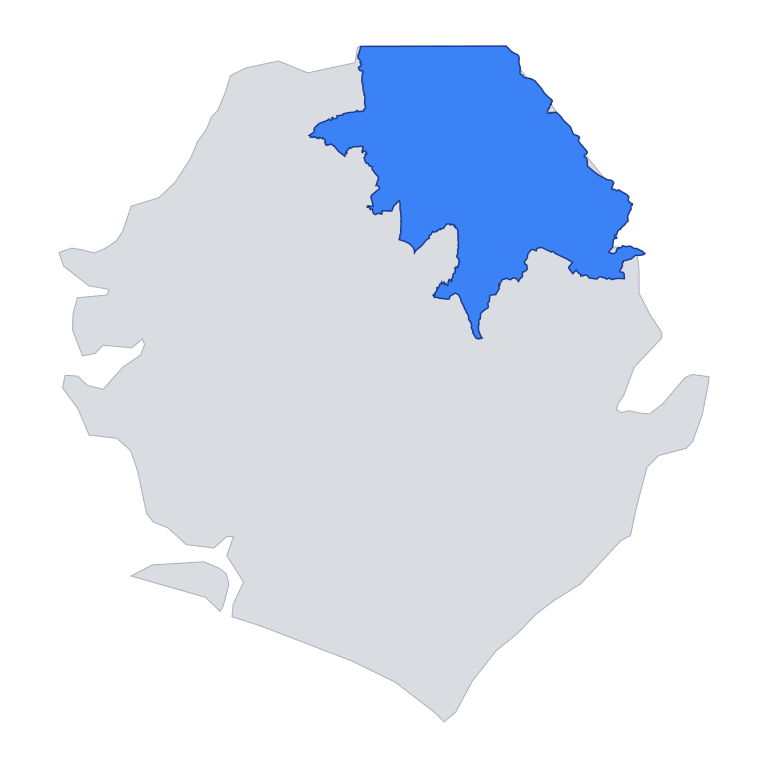 location of Koinadugu, Northern, Sierra Leone
{"feature_id": "65957751B98964407864499", "entity_name": "Koinadugu", "entity_type": "district", "adm_level": 2, "iso_a3": "SLE", "parent_name": "Sierra Leone", "parent_adm1": "Northern", "projection": "albers", "projection_center": [-11.318, 9.329], "detail": "fine", "context": "in_parent", "style": "filled", "palette": "blue", "viewbox_px": 768, "rotation_deg": 0, "n_neighbors": 0, "source": "geoboundaries", "source_scale": "gbopen_adm2", "svg_char_len": 7620}
<svg xmlns="http://www.w3.org/2000/svg" viewBox="0 0 768 768"><path d="M709.0,376.7L708.4,383.5L702.3,414.8L692.6,441.7L686.2,448.3L658.7,455.5L647.0,467.3L636.9,505.5L630.5,535.5L621.0,540.5L580.6,583.9L554.2,600.3L535.7,614.4L518.2,632.8L496.2,650.7L472.5,680.8L455.6,712.2L444.1,721.9L435.4,713.1L395.1,682.1L352.6,661.3L262.1,626.5L232.0,616.7L233.1,604.5L243.6,582.1L226.8,555.7L233.4,536.6L226.9,536.5L213.9,548.0L186.3,544.6L168.1,528.0L153.2,521.9L146.7,513.6L137.4,470.2L130.6,450.5L116.8,438.3L89.1,435.1L77.8,408.6L62.6,388.0L65.1,375.3L77.7,376.1L87.4,385.4L103.2,389.3L122.9,367.1L140.5,355.2L144.6,344.7L142.5,338.9L131.8,347.8L102.7,345.3L95.4,353.4L82.4,355.9L72.5,329.9L73.0,314.5L77.3,297.7L106.7,295.0L109.2,289.5L88.8,285.8L63.5,266.1L59.0,252.5L71.7,248.1L83.7,250.1L94.2,253.1L105.5,248.3L116.2,241.0L122.6,231.5L131.3,206.1L158.9,197.7L175.2,182.2L190.7,158.1L197.8,141.1L204.2,132.7L208.2,125.4L211.2,117.3L218.1,109.9L225.4,92.0L230.4,75.6L246.2,67.8L278.6,61.0L307.7,72.9L355.0,62.7L357.6,47.3L400.9,47.1L452.1,46.9L494.8,46.7L509.4,50.8L514.8,62.2L528.8,80.2L543.5,92.6L561.7,119.8L582.9,151.5L605.9,180.2L620.6,195.7L622.3,201.1L621.2,207.3L614.0,221.9L607.8,237.7L608.5,243.6L612.8,246.5L636.8,251.4L639.0,269.0L639.1,293.3L650.8,316.0L661.9,332.6L661.3,338.5L634.3,367.1L623.8,395.4L618.4,403.3L616.3,409.7L621.7,412.6L629.2,410.7L639.7,413.1L649.7,413.9L662.9,403.7L684.9,377.7L692.4,374.5L709.0,376.7ZM223.3,605.8L220.1,611.4L205.7,597.4L131.1,576.0L152.3,564.9L204.1,561.8L219.5,568.4L226.3,573.9L228.9,584.2L223.3,605.8Z" fill="#d9dde1" stroke="#a8b0b8" stroke-width="1"/><path d="M643.0,254.8L644.8,253.8L644.9,253.3L643.8,253.0L642.5,251.4L636.5,248.4L634.3,248.6L630.6,246.2L627.7,246.3L626.2,246.8L622.7,245.7L620.8,247.9L618.9,247.4L618.5,248.5L617.4,248.2L616.3,250.9L616.3,251.8L615.4,252.8L612.8,253.8L608.9,252.2L609.5,250.7L612.6,247.3L613.4,239.7L615.0,238.3L616.1,238.5L616.8,237.9L616.7,237.1L614.7,237.0L614.5,235.0L616.5,235.0L617.5,231.7L619.0,229.6L620.4,229.3L621.8,227.1L624.6,224.9L625.8,223.1L628.1,220.9L627.6,216.1L629.2,212.8L629.2,211.7L630.6,210.4L631.1,208.9L630.8,206.0L631.4,205.4L632.2,205.3L632.4,203.9L629.8,202.5L628.0,200.3L628.9,196.8L626.7,194.6L618.6,189.8L617.4,191.0L616.2,190.1L611.8,189.1L611.7,187.5L613.8,183.2L613.1,181.7L611.0,180.2L607.5,179.8L599.6,175.7L595.4,172.8L587.4,166.2L587.2,160.6L586.4,158.2L584.2,156.3L584.3,155.0L585.9,154.3L587.3,152.9L587.1,151.5L579.4,142.6L578.4,140.7L579.5,137.4L578.0,135.9L575.0,135.0L573.2,133.8L570.4,126.9L563.7,120.6L560.4,116.1L556.1,112.1L554.8,112.8L553.6,112.2L552.0,113.0L551.2,112.6L550.8,113.1L550.3,112.6L549.1,113.4L547.4,113.1L548.2,108.4L549.2,108.4L550.4,104.3L551.3,104.4L551.2,103.0L552.4,101.0L551.6,99.7L548.5,97.3L544.2,93.0L541.7,88.9L534.8,80.8L531.5,78.9L523.9,77.3L522.7,75.4L520.5,74.2L520.0,73.4L520.2,67.3L518.8,62.8L519.2,58.5L518.8,56.1L517.0,54.4L513.9,53.1L511.2,51.3L506.2,46.1L360.4,46.4L360.6,47.4L358.8,54.0L358.1,54.9L358.0,58.0L360.8,61.2L360.0,62.6L361.6,64.3L360.5,65.5L360.2,66.7L358.6,67.1L358.6,68.5L359.6,70.3L360.7,70.9L362.2,70.7L363.1,71.4L362.1,75.8L361.8,82.1L362.8,83.7L362.5,85.0L363.2,86.3L362.9,87.5L363.3,90.9L364.5,93.7L363.9,94.7L365.1,96.0L364.6,102.8L365.6,108.3L363.8,109.5L363.6,111.1L358.7,111.6L358.2,111.1L357.2,111.3L356.9,110.5L354.7,112.1L349.3,112.5L343.2,113.8L342.7,115.2L339.7,115.3L338.4,116.0L336.9,115.8L337.3,117.4L336.9,118.3L333.8,118.7L332.5,117.4L331.8,117.9L332.7,118.2L332.6,118.9L331.5,120.0L330.7,120.3L329.0,119.1L326.8,120.6L319.2,123.5L315.0,127.3L313.9,129.8L314.4,131.3L313.5,132.6L309.1,135.4L310.1,135.9L310.4,137.1L311.1,136.9L312.1,137.5L313.4,136.7L314.6,137.4L315.2,136.8L316.6,138.0L318.7,138.6L318.7,137.6L319.8,137.3L322.4,138.7L323.0,138.6L323.1,138.0L325.2,140.2L325.3,141.3L324.8,141.7L325.8,144.8L326.4,144.4L327.3,145.3L328.7,144.6L330.1,144.6L331.1,143.9L332.0,144.4L333.2,145.8L334.3,146.1L338.5,151.3L344.8,156.2L345.6,153.7L346.7,153.5L346.8,152.3L346.0,152.3L346.7,150.5L347.7,150.2L349.1,147.8L350.4,148.4L352.5,147.1L355.6,146.5L356.9,146.8L360.8,146.2L363.1,146.7L362.0,152.1L362.7,152.6L363.7,150.6L364.7,151.0L366.9,153.3L366.7,154.1L365.7,154.0L365.0,154.7L365.4,155.9L364.1,157.8L365.6,162.4L366.8,163.4L367.9,163.3L369.4,165.9L372.5,166.8L372.0,168.5L372.5,170.1L373.7,171.0L374.4,172.5L378.7,177.5L376.0,185.6L377.5,185.5L379.0,186.9L379.6,188.6L371.7,195.1L370.9,196.9L373.3,206.2L370.4,206.4L369.7,205.8L368.3,205.9L367.3,206.1L367.3,207.3L369.6,207.6L370.4,209.7L372.5,209.0L372.8,211.7L373.4,213.3L374.4,214.3L375.8,214.6L376.8,213.6L380.2,213.4L381.1,214.2L382.0,213.9L382.0,211.1L385.2,210.7L388.9,211.1L391.8,210.9L393.7,206.0L399.0,200.8L400.0,202.7L400.1,204.1L400.0,208.4L400.9,214.3L401.1,220.2L400.7,221.5L401.6,222.2L401.2,222.9L400.8,227.7L400.7,231.5L401.2,232.1L399.9,235.1L400.0,236.2L399.1,239.6L405.4,241.6L409.5,243.8L413.0,247.2L414.2,249.7L414.5,252.7L415.8,250.5L421.6,245.7L426.8,239.5L429.4,238.2L428.8,236.0L430.9,234.6L432.5,231.4L434.0,232.2L436.8,231.3L436.9,230.7L438.0,230.5L440.1,228.7L440.8,229.5L441.7,228.6L443.6,228.3L445.4,225.4L447.1,223.9L449.6,224.0L450.5,225.0L452.2,224.1L452.9,224.7L453.7,224.6L454.4,226.6L455.1,225.9L455.4,227.1L456.2,228.4L457.1,228.7L457.8,230.4L458.0,236.2L458.6,237.1L458.1,237.9L458.0,240.0L458.5,242.8L458.0,245.7L458.6,246.1L458.5,248.3L457.6,249.4L457.8,253.8L457.1,254.7L456.8,256.8L457.6,258.1L459.0,258.9L458.8,260.6L459.7,261.4L458.7,263.1L458.8,264.7L458.0,265.4L458.1,267.5L456.6,267.4L456.1,266.8L455.1,267.9L455.6,267.9L454.9,271.3L455.2,271.9L454.5,273.4L453.4,273.6L452.8,275.5L452.9,276.9L451.4,279.6L452.0,280.3L451.2,281.6L450.1,280.8L449.9,279.8L449.4,279.4L448.9,279.9L448.0,282.6L448.3,283.3L447.7,285.3L447.3,285.5L447.0,284.8L446.0,284.5L445.9,283.6L444.2,284.3L443.5,283.1L444.3,282.4L444.1,281.5L443.9,282.2L441.9,283.6L441.6,283.5L441.5,282.4L440.8,283.8L439.6,284.3L439.5,285.7L438.2,287.6L437.1,287.6L437.6,288.5L436.9,288.5L436.6,291.1L434.8,293.1L434.8,295.1L433.3,294.7L433.1,295.1L434.4,297.4L436.9,297.3L439.4,298.2L447.1,299.1L449.4,298.9L449.7,296.7L450.3,296.0L454.7,293.4L455.4,293.1L458.4,294.7L460.5,298.2L461.3,301.6L464.3,307.4L464.5,309.0L465.7,310.0L466.2,312.2L467.9,314.3L468.7,317.1L468.5,318.7L469.2,320.5L470.3,320.9L470.2,321.4L470.8,322.0L470.6,322.7L471.4,324.1L471.6,326.4L471.2,327.5L473.0,331.1L472.6,332.2L475.9,338.0L478.2,338.9L482.1,338.1L480.4,335.3L478.3,329.8L478.7,327.9L478.1,326.3L479.0,324.6L478.8,321.0L479.1,319.5L480.3,318.9L480.6,313.4L484.7,309.8L487.9,307.9L488.4,306.6L487.7,303.4L489.4,301.3L489.7,296.2L490.6,295.0L495.7,294.6L499.3,288.5L498.7,286.9L499.5,286.3L499.9,284.3L499.0,285.2L498.6,284.3L500.2,283.1L502.5,279.5L504.9,279.1L505.8,278.1L510.5,279.8L512.9,277.9L515.9,278.2L518.5,281.5L519.9,278.8L521.6,277.6L522.6,275.9L522.3,274.0L522.7,272.3L526.4,270.4L527.2,269.2L526.9,265.3L526.0,264.4L525.1,264.4L524.6,262.4L524.7,261.1L526.4,259.5L527.4,257.3L527.6,254.7L528.7,252.7L531.3,249.6L533.2,249.6L536.2,250.8L536.6,249.1L538.0,247.9L541.9,247.5L551.3,252.1L552.9,251.2L555.1,253.4L567.4,259.2L572.5,262.5L568.6,267.2L569.0,268.6L572.8,273.7L576.1,270.0L579.1,273.6L580.8,274.6L580.8,275.9L581.5,275.4L582.7,275.9L586.0,274.8L587.9,276.1L589.2,278.0L595.7,278.9L597.1,278.9L599.2,276.8L601.1,276.7L602.3,277.5L603.8,277.5L606.7,279.1L609.9,277.8L610.5,279.0L612.5,279.6L615.1,278.7L618.1,278.4L624.4,278.7L624.1,273.9L623.2,272.4L619.9,271.9L619.9,270.6L621.5,268.2L622.5,265.5L622.1,263.9L622.5,262.4L623.2,262.4L623.3,261.0L631.2,258.9L635.5,255.2L638.4,255.4L643.0,254.8Z" fill="#3b82f6" stroke="#1e3a8a" stroke-width="1.5"/></svg>